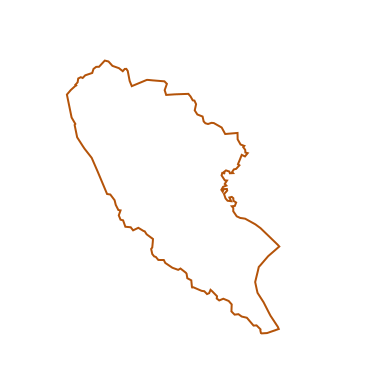 the district of Añasco, Puerto Rico, rotated 229°
{"feature_id": "32010507B40456711023422", "entity_name": "Añasco", "entity_type": "district", "adm_level": 2, "iso_a3": "PRI", "parent_name": "Puerto Rico", "parent_adm1": "", "projection": "albers", "projection_center": [-67.133, 18.283], "detail": "fine", "context": "isolated", "style": "outline", "palette": "amber", "viewbox_px": 384, "rotation_deg": 229, "n_neighbors": 0, "source": "geoboundaries", "source_scale": "gbopen_adm2", "svg_char_len": 2397}
<svg xmlns="http://www.w3.org/2000/svg" viewBox="0 0 384 384"><g transform="rotate(229 192 192)"><path d="M327.2,150.0L319.9,148.6L319.6,147.4L308.6,141.2L298.3,139.7L295.1,139.3L283.6,138.7L269.3,134.2L246.2,126.6L243.7,128.7L236.6,128.2L232.3,126.0L226.7,124.6L225.0,126.0L222.4,121.4L218.0,119.9L215.8,121.4L209.5,118.9L205.6,122.6L201.7,122.4L200.2,128.0L194.5,129.8L193.3,130.5L189.8,130.0L182.1,131.7L179.9,129.5L176.2,125.6L175.8,123.8L171.2,121.3L168.2,121.2L166.7,122.1L162.8,122.0L159.2,126.1L156.0,125.3L147.7,127.5L142.3,130.5L141.8,133.1L135.0,134.4L133.9,134.3L130.0,131.9L125.8,133.5L120.3,129.6L119.8,129.5L119.2,130.5L111.1,134.4L109.0,136.2L105.1,136.4L104.4,138.6L106.0,141.8L103.8,142.1L96.9,142.5L95.4,140.8L92.3,141.4L90.9,145.6L85.7,148.2L81.1,148.2L76.0,143.4L71.5,143.7L69.3,146.9L65.4,147.8L61.1,150.9L50.8,150.8L49.0,153.2L43.4,153.6L42.6,152.7L40.3,151.5L39.6,151.8L36.3,156.1L31.7,167.6L34.2,168.4L34.6,168.4L45.8,169.9L46.8,170.0L49.4,170.6L61.9,173.7L72.9,175.3L75.9,176.9L79.9,179.1L82.6,180.6L89.4,190.2L91.6,193.2L91.9,195.8L93.6,207.4L93.6,212.1L93.6,221.6L93.6,222.1L95.7,222.1L119.7,220.0L126.0,218.6L137.0,214.6L139.6,212.4L140.7,211.4L144.3,209.8L150.4,210.5L152.9,212.7L155.1,212.7L153.4,215.2L155.1,218.4L158.2,217.5L160.2,219.1L162.2,218.8L163.3,216.6L159.4,215.5L162.1,213.1L165.1,213.1L169.4,214.8L170.0,219.5L171.4,220.3L173.4,217.8L172.0,215.3L174.4,215.6L175.5,218.9L174.3,222.1L176.6,222.0L177.7,225.9L179.3,224.4L185.1,225.2L186.5,227.3L184.3,229.1L186.2,228.6L186.0,231.8L183.0,233.6L181.3,232.9L179.3,235.4L180.8,235.5L181.6,238.4L180.5,240.5L181.1,245.3L182.8,244.9L185.1,249.5L187.4,253.9L184.1,255.3L184.8,259.5L186.8,258.2L188.9,259.8L192.3,260.1L192.5,261.7L196.0,259.8L201.8,261.0L206.7,265.1L214.0,255.1L221.2,256.7L229.7,253.7L231.4,252.1L232.8,248.7L235.1,247.2L237.6,247.1L242.0,249.5L247.0,246.9L251.8,247.6L255.6,252.7L259.4,253.8L260.7,252.7L265.1,253.6L268.0,253.6L268.4,253.7L276.9,243.2L282.2,236.2L286.8,238.2L290.1,244.0L293.6,243.8L301.8,235.8L305.7,232.1L306.3,231.3L311.4,216.0L316.7,217.8L325.5,222.9L328.0,223.2L329.0,222.0L328.6,219.0L333.4,218.1L339.4,214.7L345.3,214.6L348.4,212.4L347.5,204.0L349.3,201.8L349.5,198.4L347.3,194.8L350.1,188.0L349.8,184.3L351.6,183.4L352.3,180.6L349.8,177.6L349.4,174.3L348.4,174.4L348.6,173.3L348.5,167.6L347.6,161.5L327.2,150.0Z" fill="none" stroke="#b45309" stroke-width="2"/></g></svg>